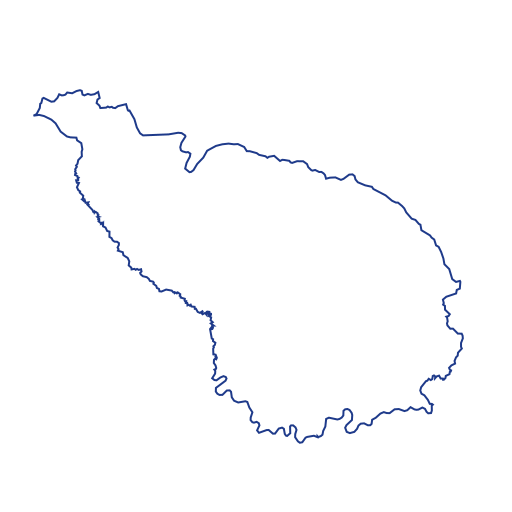 Valencia, Córdoba, Colombia, rotated 81°
{"feature_id": "7082276B67113151062555", "entity_name": "Valencia", "entity_type": "district", "adm_level": 2, "iso_a3": "COL", "parent_name": "Colombia", "parent_adm1": "Córdoba", "projection": "orthographic", "projection_center": [-76.176, 8.204], "detail": "fine", "context": "isolated", "style": "outline", "palette": "blue", "viewbox_px": 512, "rotation_deg": 81, "n_neighbors": 0, "source": "geoboundaries", "source_scale": "gbopen_adm2", "svg_char_len": 6053}
<svg xmlns="http://www.w3.org/2000/svg" viewBox="0 0 512 512"><g transform="rotate(81 256 256)"><path d="M92.5,358.2L92.6,359.3L91.8,359.8L85.7,360.6L86.4,368.9L87.9,371.9L87.2,374.1L86.1,375.1L86.3,377.4L85.2,379.0L86.0,380.8L85.5,386.6L83.0,387.1L80.0,389.5L76.7,388.1L75.5,385.7L69.3,386.2L70.9,390.2L71.0,393.9L69.6,396.7L70.5,400.4L69.4,402.1L65.6,402.3L64.7,403.9L65.0,407.5L66.5,412.1L65.0,416.9L66.8,419.0L67.1,420.8L67.0,422.7L65.5,425.1L68.8,427.4L71.7,431.2L71.6,434.0L66.6,441.0L67.1,442.3L71.3,444.1L71.9,445.3L76.0,446.4L81.5,450.5L82.6,453.8L82.7,448.1L84.6,443.5L89.3,436.8L93.6,433.2L102.6,429.5L108.4,424.0L109.8,420.7L111.0,414.9L113.8,414.6L117.2,410.9L123.4,410.8L125.8,411.9L130.3,412.4L133.5,416.6L137.0,417.9L138.5,419.6L139.9,419.0L142.0,421.0L143.2,420.8L144.1,421.5L146.1,420.8L146.1,421.5L147.7,422.1L149.1,419.9L150.5,419.9L150.9,419.0L152.0,420.1L152.6,420.1L152.4,419.6L153.4,419.8L153.1,421.8L155.6,421.5L156.2,419.5L160.1,422.1L163.2,421.2L164.7,419.6L165.8,420.1L169.4,417.2L171.3,417.8L172.2,417.4L172.8,419.0L174.9,417.3L174.1,416.4L176.8,416.0L176.8,413.2L178.6,414.5L179.1,413.5L179.6,414.0L185.0,410.3L186.9,409.8L186.8,409.0L187.5,408.9L186.9,408.5L187.7,408.1L187.4,407.4L189.1,405.7L190.6,405.9L190.9,405.3L192.2,406.0L192.6,405.3L192.7,406.5L193.6,405.7L195.0,406.1L195.0,405.1L196.7,405.3L197.2,406.0L199.0,404.4L199.0,403.3L200.0,403.8L199.8,402.9L200.7,402.7L199.9,401.9L202.8,402.4L204.3,400.2L208.0,399.1L209.0,396.9L214.2,397.8L215.7,395.9L218.1,395.1L219.7,393.5L220.2,391.0L221.8,389.4L223.6,389.7L226.0,391.4L227.7,390.7L229.1,391.6L231.4,387.0L234.5,386.8L237.9,383.0L241.5,382.0L245.4,383.2L248.0,381.0L249.8,381.0L249.7,378.0L250.8,377.0L250.2,375.5L251.4,374.0L251.1,371.6L253.4,371.5L254.6,373.1L256.2,372.7L258.3,370.9L259.8,367.2L261.9,365.4L264.0,364.7L265.2,361.7L266.2,361.1L267.4,361.7L269.9,359.2L272.1,358.9L273.3,357.0L275.7,356.9L276.3,354.9L275.1,350.0L277.0,344.6L278.9,343.4L278.9,342.4L280.0,342.2L279.5,340.9L280.5,340.0L279.7,339.0L281.9,336.8L283.4,337.6L284.2,336.7L285.3,336.9L287.1,333.0L288.8,333.5L289.9,333.0L289.8,332.1L291.4,332.6L291.5,331.3L294.0,331.4L293.6,330.2L294.7,329.1L294.0,328.1L295.8,327.6L296.6,324.6L298.6,324.7L298.7,323.6L302.1,322.3L303.4,320.3L302.2,317.6L302.7,317.4L303.9,318.7L305.2,317.9L304.3,315.2L306.4,314.0L303.4,313.3L303.3,312.7L303.8,311.1L305.1,312.1L306.2,311.8L305.5,310.2L306.0,309.5L307.0,309.6L308.0,311.9L309.6,309.9L312.4,310.9L314.6,309.1L315.5,311.2L318.1,308.7L317.9,310.1L320.1,309.7L321.3,310.6L321.3,311.1L319.8,311.5L321.0,312.8L330.6,312.6L331.5,311.4L333.3,311.8L335.3,309.7L337.3,310.5L338.5,312.2L339.6,311.9L340.8,312.8L347.3,313.6L345.7,312.6L346.7,312.8L347.2,311.3L349.6,310.8L349.6,311.4L350.6,310.7L351.8,311.5L351.0,312.5L351.9,313.7L355.1,314.4L357.7,313.1L360.4,312.8L361.2,313.2L361.7,314.9L363.1,314.2L365.8,314.8L369.9,318.4L372.0,316.5L372.6,314.5L370.4,310.1L369.6,306.9L370.8,304.8L372.4,304.3L374.4,305.6L380.0,316.2L383.6,316.9L386.0,315.7L387.5,313.8L387.9,310.9L384.3,305.9L384.6,303.0L386.2,301.9L391.8,302.0L395.5,300.3L397.9,296.5L397.8,289.2L398.8,287.4L404.6,286.3L409.8,284.0L414.7,286.5L417.2,287.0L419.6,285.6L420.3,284.1L419.9,281.3L421.6,279.4L423.8,279.1L428.4,282.2L431.1,280.7L429.6,272.8L429.8,270.7L434.1,267.1L434.4,265.0L430.0,260.5L429.6,257.1L431.0,255.5L436.2,255.4L438.1,254.5L438.6,253.4L436.4,249.9L429.7,249.0L428.8,247.9L429.1,245.8L431.5,243.8L434.1,243.2L438.0,245.1L441.1,245.7L445.6,243.6L447.3,241.9L447.2,239.4L443.2,235.5L442.7,233.8L442.6,226.9L444.6,223.5L443.8,223.4L444.6,222.9L444.0,220.1L442.9,218.3L439.3,217.0L435.3,214.2L427.9,212.2L427.1,209.3L430.2,201.2L430.0,199.0L429.0,196.6L427.2,194.7L422.6,193.8L421.4,192.0L421.4,189.7L422.7,187.7L425.8,186.1L428.1,185.8L433.0,186.9L437.2,193.1L439.6,194.8L443.9,193.9L445.6,191.0L445.1,186.4L442.5,183.2L439.5,181.3L438.0,178.8L438.2,175.4L440.7,172.0L441.0,169.6L439.9,168.1L435.9,166.9L434.5,163.0L431.1,157.8L430.2,154.2L431.6,151.4L432.1,148.6L429.1,143.1L429.5,138.9L432.4,133.6L432.0,130.7L429.5,127.0L432.3,123.5L433.0,121.6L433.1,119.6L431.7,115.4L433.4,113.0L436.6,111.9L438.3,110.5L438.5,107.7L436.2,106.5L431.2,105.8L430.5,104.6L429.6,105.4L429.2,107.5L425.1,108.7L419.9,111.5L417.9,114.1L414.5,114.8L411.4,113.4L406.2,107.7L406.0,106.3L404.3,104.6L405.9,102.8L405.1,101.1L402.2,100.2L401.8,98.9L403.0,97.8L404.7,98.2L403.2,96.4L402.8,93.9L405.9,92.8L406.3,90.6L407.5,90.6L407.6,89.9L406.2,88.0L404.1,87.3L403.0,83.4L400.8,82.7L400.6,81.8L399.5,81.2L398.7,82.3L396.7,82.8L394.6,80.1L393.4,76.2L390.7,76.3L387.4,74.3L386.0,72.4L383.1,71.6L379.6,67.2L377.8,67.7L374.0,67.1L369.7,64.6L367.0,64.4L364.9,65.0L364.2,68.8L358.6,72.8L358.2,75.5L354.5,77.8L352.4,77.9L350.5,76.9L346.7,76.9L345.7,77.5L345.4,75.2L343.8,73.7L338.6,77.7L334.8,77.2L333.3,78.8L331.9,77.9L328.3,78.2L326.0,74.4L324.3,64.2L320.9,63.0L320.1,59.8L313.5,58.2L312.5,58.5L312.9,62.5L309.5,65.8L299.1,67.2L293.6,71.2L287.8,71.3L281.0,72.5L275.5,74.2L273.7,76.5L267.6,77.4L265.3,79.7L262.9,80.9L256.4,88.6L250.8,88.7L249.8,90.1L245.3,92.9L243.5,96.4L236.4,100.8L232.2,102.1L229.5,103.9L225.5,107.4L225.1,109.5L222.7,113.0L216.4,118.5L208.2,129.6L205.8,130.7L203.3,137.1L199.1,143.9L195.9,145.8L192.5,146.1L190.5,147.9L190.2,151.2L193.5,157.5L194.1,160.2L190.8,165.3L190.2,170.8L190.6,174.7L186.8,175.2L185.0,176.3L183.2,178.2L182.9,180.5L180.3,184.1L180.5,186.9L179.8,188.0L176.4,190.5L173.2,191.2L169.8,194.6L168.8,200.7L169.7,205.7L169.0,207.2L167.2,208.2L165.6,213.0L165.1,215.0L165.9,217.4L159.9,222.4L160.0,227.6L160.8,229.4L159.0,231.0L156.6,237.1L154.5,239.2L151.5,245.8L151.0,248.7L146.5,250.6L142.6,256.4L142.2,260.4L140.7,265.5L140.4,271.8L141.0,278.3L143.4,285.1L144.4,287.8L150.6,292.7L155.9,299.7L161.4,304.3L162.8,306.9L162.8,308.6L158.6,312.3L153.2,310.0L147.6,305.8L144.7,304.8L142.7,306.9L142.7,308.8L141.1,312.3L139.8,313.6L136.7,313.8L132.5,311.9L127.0,307.0L125.9,307.1L123.0,310.2L122.1,313.6L122.2,323.3L119.2,348.7L116.7,351.3L110.4,353.6L101.8,354.7L92.5,358.2Z" fill="none" stroke="#1e3a8a" stroke-width="2"/></g></svg>